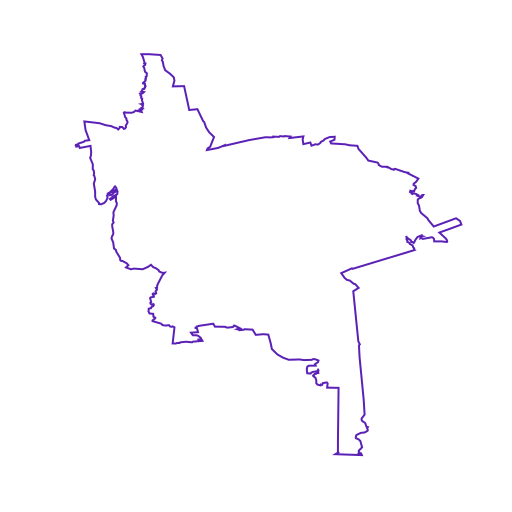 Barasti, Olt, Romania, rotated 10°
{"feature_id": "2599482B95691276874704", "entity_name": "Barasti", "entity_type": "district", "adm_level": 2, "iso_a3": "ROU", "parent_name": "Romania", "parent_adm1": "Olt", "projection": "robinson", "projection_center": [24.65, 44.701], "detail": "fine", "context": "isolated", "style": "outline", "palette": "violet", "viewbox_px": 512, "rotation_deg": 10, "n_neighbors": 0, "source": "geoboundaries", "source_scale": "gbopen_adm2", "svg_char_len": 6096}
<svg xmlns="http://www.w3.org/2000/svg" viewBox="0 0 512 512"><g transform="rotate(10 256 256)"><path d="M394.8,433.7L393.8,432.2L391.8,433.0L391.3,432.6L392.4,431.8L391.1,430.7L391.1,429.7L393.7,426.0L390.9,420.1L388.8,418.7L386.0,418.1L385.7,417.3L385.9,415.0L386.5,414.5L389.9,412.0L393.7,410.9L396.2,408.8L396.3,407.9L395.3,406.3L395.9,405.1L394.4,404.9L392.5,401.5L389.1,400.0L388.3,398.7L388.3,397.5L390.5,393.4L387.0,378.8L375.6,337.8L372.9,326.1L373.6,325.0L371.6,322.3L357.9,273.8L362.6,269.6L358.5,266.4L356.8,266.3L352.7,263.9L349.6,263.7L347.1,262.2L342.9,258.1L352.6,251.5L353.3,251.9L411.1,222.6L410.4,222.2L410.5,221.0L409.3,220.2L408.4,218.4L405.5,217.5L405.0,216.7L405.2,215.9L404.8,216.5L402.7,215.8L402.9,215.5L401.4,213.4L402.1,213.2L402.1,212.8L400.2,210.4L402.1,212.0L405.8,213.7L406.6,215.2L407.6,215.0L408.8,215.8L409.3,215.5L410.2,212.3L411.8,209.2L415.5,206.9L415.6,207.5L416.4,207.6L414.9,208.2L414.8,210.1L415.7,209.6L417.3,210.2L425.9,207.0L427.1,207.2L428.4,208.4L429.0,210.7L436.0,209.4L441.5,209.1L441.8,208.6L441.1,207.0L439.6,205.6L432.5,201.1L452.8,189.4L450.9,186.1L446.5,184.1L425.9,196.1L419.5,190.7L418.3,189.1L411.2,185.0L409.6,183.2L407.7,177.9L406.1,175.9L405.5,172.5L406.0,171.5L409.0,169.5L410.1,166.9L409.1,167.1L408.8,168.3L406.9,169.0L404.3,168.6L404.9,167.8L402.7,167.1L399.9,166.9L399.4,167.8L398.3,167.5L397.9,166.7L396.5,166.2L396.7,164.9L398.6,165.3L399.4,164.6L400.5,164.7L400.9,162.4L401.9,161.2L401.0,159.4L398.8,158.7L398.8,157.4L400.8,155.1L402.5,151.6L391.2,148.2L391.4,147.6L388.1,147.6L377.7,146.0L376.7,146.6L376.7,147.1L374.3,146.9L370.1,145.4L369.8,145.9L369.0,145.5L364.4,146.2L361.1,145.1L360.6,143.8L359.5,142.9L350.0,142.5L347.5,140.0L338.4,132.8L336.7,129.9L328.9,130.7L324.5,130.5L310.4,132.1L309.2,130.4L313.1,127.9L312.8,124.9L307.8,126.1L303.4,128.9L302.5,130.5L300.1,132.3L299.7,133.5L297.7,135.5L295.0,135.7L291.5,137.7L289.8,134.8L283.2,137.6L281.7,133.1L281.9,130.0L268.6,134.0L269.2,132.4L263.4,132.9L263.0,133.4L258.8,133.8L257.9,134.7L252.4,135.4L252.6,135.9L250.1,136.6L244.7,137.4L229.2,143.0L205.7,153.0L205.8,152.4L200.0,156.1L189.3,160.2L189.6,158.5L191.9,156.4L194.0,146.1L188.3,142.2L184.5,138.1L181.7,133.1L180.5,132.3L172.8,121.6L164.9,123.8L155.7,101.2L144.7,103.4L145.2,97.4L144.0,94.3L139.6,91.4L134.3,88.8L132.0,85.0L130.4,80.7L129.3,79.6L129.7,77.7L127.1,74.6L115.1,75.9L108.1,77.2L110.1,79.7L112.7,85.0L112.5,85.5L113.7,85.6L113.6,87.2L112.6,87.8L112.1,89.0L113.1,89.9L114.7,93.8L116.8,95.0L117.1,97.9L116.3,98.7L116.7,99.3L116.3,100.7L116.8,100.9L116.5,101.7L116.8,102.5L114.6,105.3L114.9,105.8L116.7,105.6L117.0,107.5L117.7,107.9L117.3,108.5L117.5,109.4L116.8,110.2L116.9,110.9L115.3,111.3L115.1,113.1L114.5,113.9L117.2,114.0L115.9,115.6L113.7,116.3L114.5,117.2L114.4,118.0L115.4,118.6L115.3,120.0L116.2,121.1L116.6,121.0L116.6,122.3L118.2,125.3L117.2,125.6L118.4,125.6L116.7,126.3L117.6,126.5L117.8,127.2L118.5,127.2L118.5,129.4L117.8,129.8L118.8,130.4L117.0,131.2L117.6,131.6L116.0,132.0L116.2,132.5L115.3,133.0L116.0,133.6L116.6,133.0L117.7,133.0L118.4,134.0L112.0,133.7L110.8,135.4L108.7,136.5L102.9,137.4L101.6,137.2L101.0,137.7L103.0,141.9L104.5,143.1L104.7,144.3L106.0,145.8L106.3,147.0L105.1,150.2L105.6,151.6L105.0,153.1L103.8,153.8L102.0,152.2L99.5,152.5L99.6,153.3L98.4,155.3L96.2,154.1L94.6,154.2L90.7,153.2L85.7,153.3L78.7,152.4L63.6,153.3L66.3,161.6L71.7,170.9L67.5,172.2L66.8,173.3L61.6,176.1L61.6,176.8L59.3,177.8L59.2,178.2L60.0,179.5L62.8,178.6L63.7,180.2L73.9,176.3L75.7,182.5L76.0,186.2L75.6,188.1L79.4,194.1L80.1,198.7L81.5,200.3L82.2,202.5L82.1,204.6L82.9,205.2L84.3,208.4L83.7,212.8L86.4,220.5L87.3,225.6L88.5,228.1L92.3,231.1L92.4,232.1L94.5,232.0L97.4,230.0L98.7,228.0L99.5,225.3L99.5,223.2L98.8,222.6L99.5,220.8L99.2,220.2L101.0,218.7L103.8,214.8L104.8,212.2L105.1,211.9L106.7,213.4L107.1,214.5L101.1,219.4L100.4,220.6L101.2,221.6L102.6,221.2L104.1,220.0L104.5,218.8L108.0,215.8L108.4,216.4L108.6,219.2L104.5,222.5L104.6,222.8L102.2,225.2L103.1,225.9L107.8,221.8L108.6,226.4L109.7,228.0L110.0,230.1L108.0,237.6L108.8,240.9L108.9,246.1L110.0,247.8L108.9,249.7L109.1,251.3L111.5,257.9L111.5,259.8L110.9,261.2L110.6,263.7L113.0,267.4L114.9,273.3L116.9,274.3L117.8,276.2L122.5,281.5L122.9,283.5L123.9,284.2L125.4,284.1L129.9,285.6L131.9,287.2L130.0,289.8L134.9,290.8L138.1,289.6L146.8,288.7L151.6,285.4L154.1,282.9L156.7,284.8L160.0,285.6L162.6,286.9L163.4,288.1L167.1,288.9L169.0,288.3L167.1,291.3L164.2,300.5L163.8,302.8L164.1,304.5L163.0,304.9L164.3,306.4L163.2,308.2L164.2,310.1L163.5,310.8L161.6,310.6L160.9,311.1L161.0,312.0L162.2,312.7L162.5,313.9L159.5,315.0L159.0,315.9L160.8,319.6L160.1,320.4L160.4,321.3L161.4,321.9L163.4,321.2L163.9,322.0L163.4,323.3L162.0,324.1L161.8,325.5L159.5,326.5L159.8,329.3L161.1,331.1L164.8,330.8L165.6,333.7L167.5,334.2L167.5,334.9L165.3,337.4L165.4,338.1L174.3,339.1L176.0,340.3L179.1,340.2L182.3,339.2L183.5,340.3L185.1,340.4L186.2,339.8L188.1,340.4L189.1,356.6L192.3,356.1L193.2,355.4L195.8,355.0L196.3,354.2L202.0,352.6L208.0,352.1L208.8,351.3L218.0,348.9L217.3,348.0L214.0,348.7L213.8,348.3L216.3,347.7L216.4,347.2L215.7,346.1L213.0,344.7L211.5,344.4L207.5,345.0L205.3,342.8L212.1,341.1L210.7,338.0L210.0,337.5L208.1,337.3L210.1,336.7L209.9,335.8L212.2,334.6L225.7,330.1L227.8,332.7L237.8,331.1L240.0,331.6L245.5,330.0L246.2,329.3L246.2,328.5L247.0,328.2L252.8,330.0L250.1,331.4L251.8,331.6L253.1,330.9L253.1,331.8L256.8,330.7L257.4,330.1L265.4,329.1L269.5,333.7L276.9,331.7L281.8,331.3L285.6,339.3L287.8,344.9L294.1,349.2L300.2,351.4L306.3,352.5L317.0,350.3L321.2,350.2L328.9,348.6L330.2,347.6L332.5,347.4L335.7,348.1L335.5,349.7L332.9,352.3L333.8,353.6L326.9,354.9L325.7,356.2L325.7,358.8L326.8,362.6L330.2,362.3L330.5,361.4L332.1,360.3L336.2,358.9L336.9,357.2L337.4,357.7L337.3,359.3L337.7,360.4L335.9,360.7L335.6,361.6L334.1,362.1L333.9,363.1L333.0,363.7L333.4,364.5L335.6,365.5L337.0,368.1L337.5,371.0L339.0,372.0L342.0,372.2L342.2,371.3L343.5,371.4L343.9,369.6L347.6,368.2L348.7,369.1L348.9,373.3L360.2,371.5L368.8,423.8L370.7,434.7L371.2,435.1L368.6,437.4L394.8,433.7Z" fill="none" stroke="#5b21b6" stroke-width="2"/></g></svg>